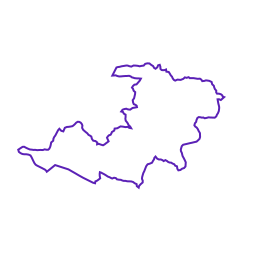 Nova Iguaçu, Rio de Janeiro, Brazil, rotated 41°
{"feature_id": "56859067B7760625819134", "entity_name": "Nova Iguaçu", "entity_type": "district", "adm_level": 2, "iso_a3": "BRA", "parent_name": "Brazil", "parent_adm1": "Rio de Janeiro", "projection": "natural_earth1", "projection_center": [-43.514, -22.696], "detail": "fine", "context": "isolated", "style": "outline", "palette": "violet", "viewbox_px": 256, "rotation_deg": 41, "n_neighbors": 0, "source": "geoboundaries", "source_scale": "gbopen_adm2", "svg_char_len": 4305}
<svg xmlns="http://www.w3.org/2000/svg" viewBox="0 0 256 256"><g transform="rotate(41 128 128)"><path d="M196.6,121.4L196.6,119.3L195.4,117.7L194.1,116.0L191.9,115.0L189.7,114.1L187.7,113.4L186.5,112.6L185.0,111.5L183.1,110.7L182.0,109.6L181.2,108.0L180.5,106.4L180.6,104.5L181.5,103.2L182.4,102.0L183.4,100.6L184.6,98.9L185.9,97.2L187.1,95.5L188.7,93.3L188.9,91.7L189.1,89.3L188.3,87.5L186.8,85.9L185.7,84.7L184.3,84.2L183.0,83.8L181.6,83.1L179.6,82.6L177.8,82.8L176.3,82.4L175.4,80.5L175.4,78.7L174.5,77.1L173.8,74.9L174.2,73.4L175.6,72.4L177.0,71.7L177.9,70.7L179.5,70.3L180.7,68.8L181.8,67.1L183.6,65.8L185.3,64.4L186.7,63.3L187.0,61.3L186.4,59.6L186.2,57.9L185.4,55.6L184.0,53.5L183.1,52.4L181.8,51.4L180.3,50.4L178.4,48.9L176.8,47.6L177.8,46.6L179.7,46.0L180.3,41.6L178.8,42.1L177.6,41.5L175.9,41.6L174.2,42.4L172.6,43.7L171.1,43.2L170.1,41.9L168.0,41.6L166.3,40.7L165.0,39.8L162.9,39.8L160.9,38.4L158.4,39.1L156.8,40.1L155.6,40.9L154.7,42.4L153.3,43.9L151.6,43.4L149.9,43.6L148.3,45.2L146.8,46.1L144.7,47.4L143.4,48.5L142.0,49.8L140.4,49.9L139.3,51.7L137.7,52.5L137.5,54.6L136.2,57.1L134.9,58.1L133.6,59.0L132.5,61.3L131.0,61.6L129.2,61.2L127.5,60.4L125.7,60.2L124.1,59.6L122.0,59.0L120.0,60.3L118.3,58.9L117.7,60.2L116.5,61.4L115.3,62.2L113.7,62.1L112.2,60.5L110.5,59.5L109.6,60.9L110.3,63.0L109.9,65.2L108.3,65.5L106.4,64.8L105.1,65.0L103.5,65.2L101.9,65.2L100.2,66.5L98.9,68.3L98.9,70.6L97.4,72.3L96.3,73.8L94.7,74.6L93.1,75.7L91.2,77.2L90.2,79.5L88.4,80.5L86.8,81.1L85.6,82.1L84.3,83.7L82.7,85.6L81.5,87.4L80.4,88.6L79.6,89.9L81.8,98.7L84.2,96.3L85.8,95.8L87.5,94.9L88.8,93.7L90.4,92.0L92.0,90.4L93.0,89.5L94.6,87.9L96.2,87.3L97.8,87.2L98.9,86.6L100.2,86.1L101.8,85.0L103.5,83.6L105.3,82.3L105.8,84.5L105.8,87.4L105.8,89.5L104.4,91.1L104.2,93.1L104.5,94.9L106.0,95.1L107.9,96.2L109.9,96.2L111.1,97.8L113.1,101.6L113.3,103.9L115.1,105.4L116.7,106.2L118.5,105.6L119.9,105.5L121.1,106.4L119.7,108.2L118.3,109.9L117.6,112.7L116.5,113.5L115.3,114.2L114.0,114.6L112.7,116.3L111.9,117.8L112.1,120.0L113.7,119.2L115.4,119.9L117.4,119.5L119.0,121.3L119.9,122.7L121.5,124.0L123.4,124.3L124.9,124.7L126.4,125.4L128.7,125.5L130.5,126.1L128.8,127.1L127.1,127.3L125.5,129.0L123.3,130.3L121.3,131.7L120.8,133.2L120.1,135.2L118.3,137.2L119.3,139.0L118.5,141.6L119.0,143.0L119.3,144.5L118.4,146.0L118.3,147.6L118.5,149.1L122.1,150.8L121.8,152.3L121.4,154.0L121.1,155.7L120.5,157.4L118.3,158.4L116.4,159.1L115.4,160.6L114.3,159.1L112.0,159.2L110.1,160.4L107.9,159.9L105.9,158.5L104.3,158.7L102.7,159.1L100.8,158.7L98.9,158.8L97.3,158.8L95.4,158.8L93.3,158.0L91.9,156.0L90.5,155.3L88.8,155.0L87.1,155.4L85.9,156.4L85.4,158.1L85.4,159.8L85.2,161.5L84.9,163.0L83.6,164.7L82.4,166.1L81.2,167.3L80.2,169.3L80.9,171.4L81.4,173.0L79.5,173.9L76.7,173.6L76.7,175.6L77.4,178.5L78.1,181.4L78.2,183.1L78.7,184.9L79.9,186.7L79.5,189.3L80.9,191.7L81.7,193.4L82.2,195.3L82.0,196.8L80.7,197.9L79.1,198.8L78.2,200.5L76.2,202.1L75.2,203.1L74.0,204.3L72.4,205.3L71.1,206.5L69.4,207.6L68.0,208.6L65.9,209.3L64.1,209.8L61.9,210.3L60.8,211.4L60.1,213.8L59.4,216.4L61.3,217.6L63.0,217.5L64.5,217.2L65.9,216.6L67.3,215.6L68.7,214.4L70.5,213.3L72.4,212.7L74.0,213.2L75.5,213.8L76.8,214.4L78.2,215.0L80.4,215.9L82.4,216.3L84.2,216.0L85.7,215.6L87.7,215.1L89.6,214.6L91.0,214.3L92.5,213.9L94.1,213.9L95.4,214.3L95.9,211.7L96.2,210.1L97.3,203.8L106.7,199.8L108.1,199.2L110.2,198.3L118.8,196.6L120.5,196.3L123.0,195.8L126.8,195.0L137.6,192.2L139.4,191.3L138.4,189.7L139.2,188.1L139.7,186.0L140.0,184.2L138.2,182.8L136.7,181.2L135.8,179.8L137.0,179.3L138.4,179.0L140.0,178.6L141.6,178.3L142.9,178.1L144.6,177.9L146.5,177.2L147.9,176.9L149.2,176.5L150.1,174.7L151.7,173.8L153.3,174.0L155.0,173.0L156.6,171.8L158.0,171.4L159.5,170.7L160.7,169.6L162.4,168.7L163.9,167.5L165.3,166.3L167.3,165.4L169.3,165.3L171.3,164.7L172.8,166.1L175.2,166.0L174.4,164.5L174.4,162.2L174.8,159.5L173.7,158.1L171.9,157.2L170.9,155.8L169.9,153.7L169.1,151.9L168.6,149.9L167.8,147.7L166.8,144.9L166.6,142.5L167.8,140.7L168.9,138.4L168.4,136.3L168.2,134.6L167.5,133.3L167.5,131.5L170.1,132.0L171.9,131.5L173.4,130.2L175.3,129.6L176.6,129.6L177.3,127.7L179.2,127.3L180.6,127.3L182.0,126.8L183.4,125.8L185.0,125.6L186.7,125.0L188.3,125.5L190.1,124.8L192.0,126.4L193.8,126.9L195.1,125.3L195.5,123.3L196.6,121.4Z" fill="none" stroke="#5b21b6" stroke-width="2"/></g></svg>